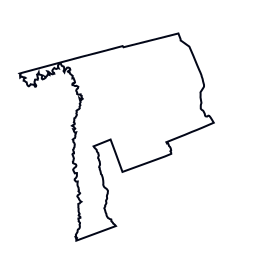 the district of Alto Paraíso, Rondônia, Brazil, rotated 340°
{"feature_id": "56859067B16955929440840", "entity_name": "Alto Paraíso", "entity_type": "district", "adm_level": 2, "iso_a3": "BRA", "parent_name": "Brazil", "parent_adm1": "Rondônia", "projection": "natural_earth1", "projection_center": [-63.561, -9.698], "detail": "fine", "context": "isolated", "style": "outline", "palette": "ink", "viewbox_px": 256, "rotation_deg": 340, "n_neighbors": 0, "source": "geoboundaries", "source_scale": "gbopen_adm2", "svg_char_len": 4576}
<svg xmlns="http://www.w3.org/2000/svg" viewBox="0 0 256 256"><g transform="rotate(340 128 128)"><path d="M207.7,143.9L206.5,144.3L205.6,144.0L204.9,143.5L204.7,142.6L205.0,140.8L204.7,138.2L204.5,137.4L203.6,136.3L203.0,134.8L204.0,132.0L204.5,131.0L205.6,129.6L206.6,124.1L207.6,121.6L208.1,120.1L208.3,119.3L213.0,115.7L213.6,115.1L214.2,113.5L214.5,109.9L214.9,107.3L214.9,104.6L215.1,103.7L215.0,100.4L214.8,97.9L214.5,92.4L214.1,82.2L213.8,77.4L213.5,72.5L211.9,70.2L208.0,64.5L207.4,63.8L207.8,62.6L207.7,56.4L201.6,55.8L151.4,50.6L151.0,49.2L130.9,47.4L112.3,45.6L108.3,45.2L48.2,40.0L44.8,39.8L45.4,40.8L44.6,41.6L44.0,43.7L45.6,43.2L46.5,44.2L48.3,45.2L48.8,45.9L47.4,46.1L46.8,46.6L46.1,47.9L47.0,48.5L47.7,49.8L48.4,50.4L48.1,52.4L48.3,53.9L49.1,54.9L50.1,54.6L51.6,53.6L52.4,54.3L54.0,54.9L54.5,55.8L54.9,57.5L55.8,57.5L56.3,56.6L55.7,53.7L55.9,52.7L56.6,51.8L57.2,50.8L58.5,51.1L59.6,51.8L60.5,50.6L60.5,48.9L60.8,48.1L60.8,46.7L62.1,46.3L63.1,45.3L62.7,47.3L63.9,48.0L64.7,48.6L65.9,49.6L65.1,50.1L64.5,50.6L63.9,52.2L64.4,53.1L66.2,53.1L67.7,52.6L67.6,51.4L68.6,51.9L70.0,51.2L70.9,50.2L72.3,51.3L72.4,50.3L71.7,47.3L72.5,47.8L73.0,48.9L74.0,50.5L74.8,51.3L75.7,51.8L76.5,51.6L77.3,51.8L77.4,50.9L76.6,49.9L76.4,48.9L76.6,48.1L77.6,47.3L79.3,46.4L79.8,47.2L80.7,48.0L81.9,48.0L82.6,47.6L83.3,48.2L83.2,46.6L83.6,45.4L85.2,44.2L86.9,44.4L87.0,46.7L87.5,47.5L88.5,48.1L88.7,49.1L88.0,51.4L86.9,52.4L87.3,53.9L88.2,52.6L89.3,51.9L91.5,50.5L92.8,50.9L93.8,52.1L93.7,53.6L92.7,53.8L91.8,54.0L90.9,54.3L91.1,55.2L92.3,55.6L92.1,57.1L93.9,60.2L93.2,61.3L92.7,62.4L93.9,62.6L94.0,65.5L93.8,67.1L93.1,67.4L92.3,67.1L91.2,67.2L90.6,67.9L90.5,68.7L91.4,69.0L92.3,70.2L93.2,70.7L94.0,70.7L94.6,71.4L95.4,72.3L94.5,73.6L93.0,74.1L92.1,75.2L92.1,76.1L92.4,77.1L91.8,78.6L93.0,79.8L95.0,80.2L94.7,81.3L95.5,81.9L94.9,83.6L95.4,85.1L94.6,85.3L93.2,86.0L93.2,84.4L92.6,83.4L92.4,85.5L92.3,87.6L90.9,88.8L91.1,90.3L89.8,91.3L89.4,93.0L88.4,93.5L86.2,93.9L85.4,94.3L85.4,95.5L84.4,96.7L84.5,98.1L83.7,99.0L82.9,99.5L82.1,100.4L80.9,100.5L80.3,101.9L80.0,102.9L79.0,104.2L79.6,105.4L79.1,106.3L78.4,106.4L77.2,106.5L76.2,106.8L77.3,108.1L77.8,109.4L78.2,110.6L77.2,111.1L76.1,110.5L76.2,111.6L76.1,112.8L76.6,114.3L77.8,114.4L75.9,116.9L75.6,118.1L74.7,119.3L73.5,119.5L72.1,120.0L72.4,121.1L71.9,122.3L72.4,123.7L72.4,125.2L71.8,126.4L71.1,127.8L70.3,128.3L69.8,129.2L69.0,129.6L68.8,130.8L69.0,132.2L68.6,133.4L67.4,133.2L66.8,133.7L66.8,138.1L66.0,139.2L65.5,140.2L64.6,140.9L64.4,142.3L65.9,143.7L66.7,144.6L66.6,145.8L65.9,146.6L64.0,147.2L62.3,148.2L62.1,149.2L62.3,150.3L62.5,152.4L63.8,152.6L64.6,152.9L63.5,155.8L62.9,156.4L62.2,157.0L60.5,157.8L60.1,158.6L60.7,160.4L61.4,160.8L62.5,161.1L61.5,163.0L61.2,163.8L60.9,165.0L61.1,167.5L60.7,168.6L60.7,169.6L59.8,170.5L60.7,172.9L59.7,173.6L57.7,174.1L57.0,174.9L57.2,175.8L57.6,176.9L57.7,178.5L58.2,180.3L59.0,181.4L57.8,181.7L56.8,182.3L55.3,182.4L54.7,184.4L54.1,185.9L54.1,186.8L53.3,188.7L53.0,189.7L53.0,190.8L53.2,192.2L52.3,192.6L51.7,193.4L52.3,194.3L52.8,195.2L52.6,196.1L51.4,196.1L50.5,196.0L50.2,196.8L50.3,197.8L49.7,198.8L50.1,199.7L50.5,200.7L50.2,201.4L49.4,202.3L49.3,203.4L49.0,204.4L48.5,205.3L47.4,206.1L46.2,206.3L45.7,207.0L45.0,208.5L43.3,209.8L42.5,210.5L42.2,212.2L41.4,212.2L41.4,213.5L42.4,214.0L41.9,214.7L41.2,215.2L40.9,216.2L41.8,216.2L83.1,216.0L82.6,214.6L82.0,213.5L81.4,212.7L81.4,211.8L80.9,210.8L80.5,209.8L80.9,209.1L81.0,208.2L80.3,207.8L79.7,207.2L79.1,206.4L78.4,205.6L78.3,204.8L78.0,204.0L78.0,202.5L78.3,201.2L78.1,199.9L78.2,198.9L78.3,197.8L78.4,196.3L78.3,195.3L79.0,194.6L79.7,194.1L80.0,193.0L80.9,192.3L81.9,191.4L82.2,190.5L82.4,189.0L83.1,188.2L84.2,187.3L84.6,186.0L84.8,184.9L85.8,183.4L86.5,182.8L87.1,181.4L87.7,180.3L87.5,179.1L87.3,178.3L86.7,177.3L86.1,176.5L85.5,175.4L85.3,174.3L85.3,172.9L85.7,172.2L86.2,170.8L86.7,169.1L87.1,167.1L87.3,165.8L87.3,164.6L87.4,163.2L86.9,162.2L87.2,160.4L87.4,158.8L87.3,157.3L87.8,156.0L87.4,155.2L87.8,154.4L89.1,153.1L89.4,152.3L89.7,150.9L90.0,149.6L89.7,148.7L89.9,147.4L89.6,146.0L90.0,145.3L90.8,144.4L91.3,143.6L91.2,142.6L91.5,141.4L91.0,140.4L90.8,138.8L91.1,137.9L90.8,137.2L90.2,136.0L89.7,134.8L89.4,133.5L107.7,132.9L107.8,146.3L107.8,152.9L107.8,159.8L107.8,167.4L153.0,167.4L159.8,167.1L160.2,165.5L159.9,164.3L160.9,163.8L161.1,162.8L161.2,161.6L161.0,160.1L160.4,158.9L160.5,157.4L160.4,155.7L159.4,155.9L159.2,154.5L174.7,154.0L179.0,153.9L186.7,153.5L192.0,153.4L198.6,153.1L210.4,152.4L209.8,149.2L209.3,146.8L208.9,145.4L208.5,144.4L207.7,143.9Z" fill="none" stroke="#020617" stroke-width="2"/></g></svg>